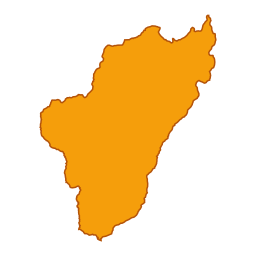 outline of Anorí, Antioquia, Colombia
{"feature_id": "7082276B24533406562220", "entity_name": "Anorí", "entity_type": "district", "adm_level": 2, "iso_a3": "COL", "parent_name": "Colombia", "parent_adm1": "Antioquia", "projection": "albers", "projection_center": [-75.117, 7.178], "detail": "fine", "context": "isolated", "style": "filled", "palette": "amber", "viewbox_px": 256, "rotation_deg": 0, "n_neighbors": 0, "source": "geoboundaries", "source_scale": "gbopen_adm2", "svg_char_len": 5705}
<svg xmlns="http://www.w3.org/2000/svg" viewBox="0 0 256 256"><path d="M49.3,106.6L47.8,106.8L46.7,107.9L43.7,109.4L42.8,111.7L41.1,112.6L40.6,113.4L40.8,114.0L40.6,115.1L40.9,115.8L40.6,116.7L41.1,117.8L41.1,119.1L41.5,119.7L41.1,120.6L40.9,123.1L40.5,124.0L40.5,126.3L40.2,127.5L40.8,127.8L41.0,128.3L40.6,129.7L41.2,130.6L41.0,132.6L41.6,135.3L42.4,136.5L43.4,137.1L44.0,138.3L44.7,139.1L45.8,139.8L46.3,140.6L47.4,140.8L49.0,142.5L50.0,144.4L49.9,145.7L50.7,146.7L52.2,147.7L54.4,148.3L55.0,148.2L56.7,149.5L58.3,149.4L59.4,150.5L61.3,151.5L62.4,151.4L63.2,152.1L63.4,153.0L64.2,153.6L64.0,155.3L64.6,156.2L65.2,156.5L65.0,157.3L65.9,158.4L66.1,159.9L66.9,161.4L66.6,162.9L65.9,163.4L66.5,164.2L66.5,165.1L65.7,166.7L66.2,168.2L65.0,170.3L64.5,172.6L64.6,173.4L65.1,174.3L65.5,177.4L65.9,179.0L65.7,180.1L66.3,181.6L66.1,182.4L67.1,182.5L68.2,183.8L69.1,184.4L69.8,185.8L70.0,186.9L70.9,187.6L72.6,187.8L75.5,187.3L77.0,186.4L78.1,186.1L78.6,186.2L79.1,186.6L79.4,187.6L80.0,187.8L79.7,188.8L80.5,189.4L80.7,190.2L79.8,191.4L79.1,194.0L77.5,195.3L76.9,196.3L76.7,197.0L76.8,197.6L76.5,197.9L76.4,198.7L76.5,199.8L76.8,200.1L77.3,201.4L78.2,202.1L78.1,202.6L78.5,202.6L78.2,203.7L78.6,204.0L78.0,204.6L77.0,206.0L77.3,206.4L77.3,207.0L78.3,207.5L78.3,208.2L78.8,208.9L78.4,210.0L78.7,211.0L78.6,212.1L78.9,214.4L79.4,215.5L79.2,216.3L79.5,217.0L79.1,218.4L79.7,219.2L79.5,219.9L79.6,221.6L78.9,222.6L78.9,223.1L79.3,223.8L79.4,224.8L80.1,225.5L79.6,226.1L79.9,227.1L79.0,228.1L78.8,229.4L79.5,229.3L80.4,229.5L81.7,230.6L82.2,230.8L83.4,231.7L83.8,232.6L84.9,233.7L86.4,233.6L87.9,234.2L89.1,235.1L89.6,235.1L91.9,234.6L92.4,234.3L93.3,234.6L93.4,234.9L95.7,235.0L96.3,235.6L97.1,237.2L98.0,237.5L97.9,238.1L97.5,238.4L97.7,239.0L98.2,238.8L98.9,239.8L101.1,240.6L101.1,240.0L100.5,239.3L100.5,238.9L101.4,238.5L102.0,237.5L102.8,236.8L105.9,236.2L111.6,233.8L112.3,231.1L113.0,230.1L113.0,228.7L113.2,227.9L114.9,225.8L116.5,225.1L118.7,224.7L120.6,223.3L122.1,223.2L123.6,222.5L124.6,221.9L125.5,221.0L128.9,219.5L131.7,217.7L133.5,217.3L134.4,216.9L136.5,215.1L137.7,213.0L138.2,211.4L138.7,211.0L139.4,209.6L140.0,209.3L141.0,207.6L141.4,206.5L141.0,205.6L141.1,205.2L141.7,204.6L143.4,203.5L144.6,202.4L144.7,202.0L144.4,201.2L144.7,199.9L144.2,199.2L144.2,198.4L144.5,197.8L145.4,197.3L146.1,194.2L147.3,192.8L146.9,191.8L146.8,189.2L147.0,188.3L147.6,186.6L147.7,183.4L147.3,181.0L147.3,178.9L147.0,178.3L146.7,176.8L146.8,175.5L147.1,175.0L147.9,174.5L149.1,173.1L150.9,171.9L152.0,170.4L152.8,168.9L154.7,168.0L154.7,167.0L155.4,166.2L156.6,163.5L156.6,162.6L156.9,161.1L156.9,159.0L157.4,157.4L156.8,156.8L156.6,156.3L157.8,155.4L158.1,154.2L159.2,152.9L159.2,151.3L160.0,150.7L160.5,149.9L160.2,147.8L160.7,147.2L161.5,145.6L162.2,144.5L162.4,143.1L163.3,141.9L164.8,141.0L165.2,140.1L167.8,138.4L168.0,137.1L167.8,136.4L168.6,135.8L168.5,134.9L168.8,134.2L169.9,132.2L172.0,129.8L172.4,128.7L172.6,127.4L173.1,126.2L174.7,125.4L174.8,125.0L174.6,124.4L174.8,124.1L177.3,122.4L178.7,121.0L179.7,119.8L181.1,119.0L182.6,117.4L184.5,116.8L185.1,115.8L186.3,114.9L187.3,112.7L187.7,109.9L190.7,107.1L192.2,104.6L192.4,103.5L192.9,102.5L193.2,101.0L194.3,100.0L197.2,98.3L197.6,97.3L198.4,96.5L198.9,95.3L198.9,93.6L197.5,90.2L197.2,87.6L195.8,85.7L195.7,84.6L196.1,84.0L196.3,82.8L196.8,82.1L197.7,81.2L199.0,80.5L200.5,81.4L202.3,82.0L204.1,83.0L204.8,83.1L206.2,82.5L206.8,81.5L208.0,80.6L209.7,80.1L209.7,78.9L210.3,77.9L210.2,77.0L210.6,75.8L210.3,73.6L209.5,71.5L210.5,70.6L211.9,68.4L213.6,67.6L214.5,65.0L214.8,62.1L214.5,59.2L214.2,58.2L213.2,56.8L213.1,55.7L212.8,55.4L210.8,55.5L209.8,55.2L209.0,54.1L208.8,52.4L209.8,50.7L211.5,48.8L211.6,47.8L212.1,46.5L214.1,45.0L214.5,44.5L215.1,42.7L215.3,41.3L215.7,40.5L215.8,39.4L215.2,36.7L215.3,35.4L215.1,33.9L214.8,33.6L213.5,33.6L213.1,33.2L211.8,30.0L211.7,27.7L211.5,26.9L209.9,24.8L209.8,22.9L210.9,20.5L210.6,19.9L210.4,18.4L208.7,16.7L208.7,15.4L207.5,15.4L206.7,16.2L206.6,17.5L207.1,19.0L207.1,20.1L205.1,22.1L204.5,23.3L203.6,24.2L203.0,25.3L202.2,28.8L201.7,30.0L201.0,30.9L199.8,31.2L198.5,30.9L196.6,31.1L195.5,31.6L195.0,31.5L194.2,31.0L194.4,29.2L194.1,28.4L192.8,27.5L192.3,27.5L190.9,28.9L190.6,30.7L189.6,32.4L188.6,33.1L186.9,35.4L184.4,37.5L182.2,38.5L180.4,39.7L178.8,39.8L176.9,41.0L174.7,40.2L174.1,39.5L173.6,38.7L172.9,38.5L172.6,38.9L172.9,40.4L172.9,41.8L172.5,42.4L171.8,42.9L171.1,42.8L169.4,41.4L168.5,41.3L166.6,40.7L165.8,39.6L165.0,39.7L164.2,39.4L163.3,38.2L161.0,36.2L159.2,33.9L158.4,32.0L159.8,29.2L160.1,28.0L159.8,27.5L158.3,27.2L157.5,26.7L156.7,26.6L155.2,26.1L152.0,25.9L150.2,26.7L147.9,27.2L145.4,28.6L145.2,30.3L144.1,30.2L142.8,32.3L141.9,32.8L141.4,33.4L140.5,35.2L138.5,35.9L137.4,37.0L136.6,37.1L135.6,37.7L133.7,38.0L133.1,38.5L132.2,38.1L130.7,38.8L129.4,39.7L124.7,39.9L124.3,41.5L122.8,44.6L122.5,44.9L121.8,45.1L117.5,45.2L115.8,45.6L114.4,45.6L112.8,46.2L111.8,46.1L109.3,45.2L107.8,45.3L106.0,46.8L104.2,49.3L103.7,52.3L102.3,55.6L102.1,56.5L102.3,57.1L103.5,58.4L103.4,59.9L102.9,61.1L100.9,62.3L100.1,63.2L99.8,64.9L100.0,66.9L99.9,67.4L99.3,68.0L97.2,68.8L96.2,69.7L94.9,71.9L94.7,72.7L93.7,74.1L93.7,76.8L93.3,78.1L94.0,79.3L93.4,80.1L93.6,81.1L92.8,81.5L92.7,82.2L91.9,83.9L92.0,84.6L93.0,86.3L92.6,89.4L90.9,91.3L87.8,94.2L87.2,95.6L86.7,96.3L85.6,97.3L84.7,97.6L83.3,96.5L82.8,95.3L82.2,94.8L80.3,94.9L79.8,94.7L78.3,94.6L77.9,95.3L77.3,95.5L76.9,96.0L75.4,96.6L73.0,96.8L72.3,97.4L71.0,97.8L69.7,97.4L68.3,97.8L67.2,97.7L66.3,98.6L65.5,99.0L65.2,100.2L64.5,101.0L62.2,102.7L61.0,102.4L59.8,100.4L58.4,99.7L57.6,99.6L55.7,100.2L52.1,100.1L51.8,100.4L51.6,101.3L50.8,102.7L50.5,104.1L49.8,105.3L49.6,106.3L49.3,106.6Z" fill="#f59e0b" stroke="#b45309" stroke-width="1.5"/></svg>